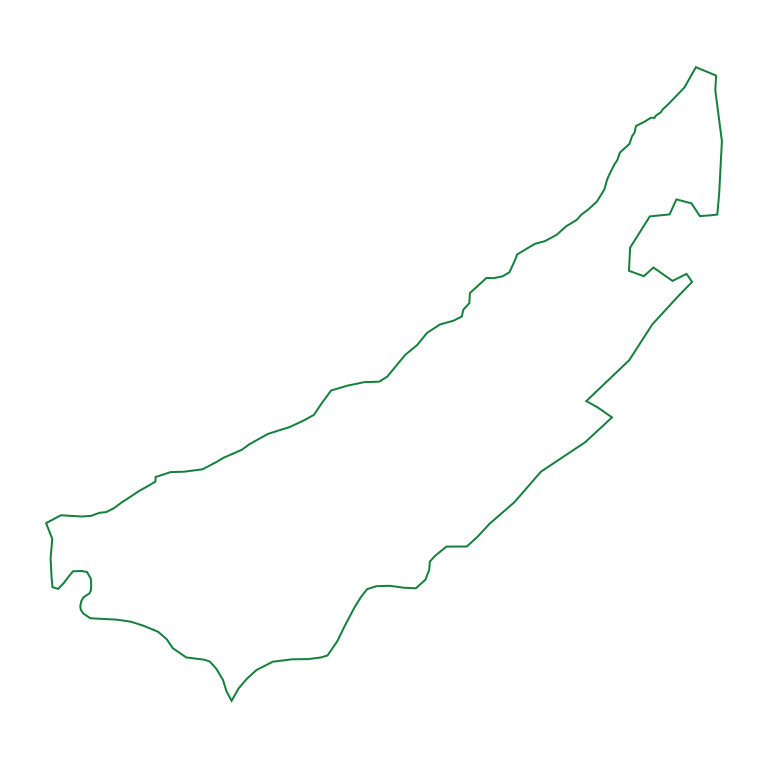 Kuyichirchik, Tashkent, Uzbekistan (orthographic projection)
{"feature_id": "79887680B71620655639392", "entity_name": "Kuyichirchik", "entity_type": "district", "adm_level": 2, "iso_a3": "UZB", "parent_name": "Uzbekistan", "parent_adm1": "Tashkent", "projection": "orthographic", "projection_center": [68.959, 40.953], "detail": "fine", "context": "isolated", "style": "outline", "palette": "green", "viewbox_px": 768, "rotation_deg": 0, "n_neighbors": 0, "source": "geoboundaries", "source_scale": "gbopen_adm2", "svg_char_len": 2121}
<svg xmlns="http://www.w3.org/2000/svg" viewBox="0 0 768 768"><path d="M716.1,75.6L695.9,67.2L686.9,83.1L684.4,87.5L676.0,96.2L667.6,104.9L662.9,109.2L660.5,112.5L655.8,115.7L654.5,117.9L651.1,117.7L644.1,121.9L636.0,126.0L634.5,132.8L632.1,136.1L629.4,144.0L624.6,148.3L619.9,152.6L617.2,160.4L614.8,163.7L609.7,173.7L607.2,179.3L604.4,189.4L596.9,201.6L587.4,210.2L581.5,214.5L576.7,219.9L566.2,226.2L556.7,234.8L545.0,241.1L534.7,243.9L527.7,248.1L517.2,254.4L514.6,261.1L509.4,272.3L502.4,276.4L493.3,278.2L486.5,277.9L481.8,282.2L469.9,293.0L469.3,303.2L463.3,309.7L461.8,316.5L453.7,320.6L439.9,324.5L427.0,332.9L417.3,344.9L405.5,354.6L398.2,363.3L387.4,376.5L379.2,381.7L364.4,382.1L347.2,385.7L331.1,390.5L321.4,403.7L314.0,414.8L304.7,420.0L289.6,427.1L276.9,431.0L267.7,434.0L258.4,439.2L249.1,444.4L242.0,449.7L223.4,457.8L216.4,462.0L202.5,469.3L184.2,471.7L170.6,472.1L155.6,477.0L155.4,481.6L148.4,485.8L139.0,491.0L129.6,497.3L121.4,502.6L114.4,507.9L106.2,512.1L99.4,512.8L91.3,515.8L82.2,516.5L73.2,516.0L63.0,515.4L60.8,515.3L46.1,523.1L52.3,539.0L50.6,558.0L51.6,577.9L52.5,587.1L58.1,588.9L64.0,582.8L68.5,576.7L73.0,571.3L81.4,571.0L87.0,572.0L90.8,578.6L91.2,585.0L90.9,590.6L89.4,593.4L83.5,597.3L81.2,601.4L80.3,606.3L80.8,609.9L83.4,613.6L90.2,618.2L104.1,619.0L116.7,619.6L131.3,621.8L144.4,626.1L158.1,631.8L166.8,639.3L172.7,648.1L186.2,657.4L204.3,659.7L209.8,661.5L216.4,668.9L222.9,679.8L226.5,691.4L231.6,700.8L238.6,688.4L247.0,678.6L256.5,670.0L272.8,661.7L292.2,659.3L308.1,659.1L320.6,657.5L327.5,655.5L337.3,641.2L344.9,625.6L354.9,606.7L361.1,596.8L367.2,589.1L376.4,586.2L390.0,585.8L403.5,587.7L415.9,588.3L425.4,579.7L429.3,569.6L429.8,561.7L434.6,556.2L446.4,546.6L466.8,546.5L477.5,536.8L489.5,523.8L514.4,502.2L540.9,471.7L585.2,442.2L612.0,417.4L597.5,407.3L586.3,401.1L629.2,360.2L652.2,324.5L677.8,296.6L692.1,281.9L686.5,273.9L672.5,280.9L653.4,267.5L643.9,276.2L629.0,270.8L630.1,247.7L649.8,216.4L669.6,214.4L676.4,199.4L691.4,203.3L699.9,216.1L712.1,215.2L717.3,214.5L719.2,193.2L721.9,141.1L715.3,90.3L716.1,75.6Z" fill="none" stroke="#15803d" stroke-width="2"/></svg>